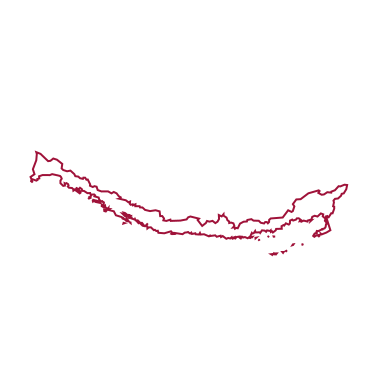 Comarca Kuna Yala, Kuna Yala, Panama (Albers equal-area conic projection), rotated 162°
{"feature_id": "35544464B26872392116911", "entity_name": "Comarca Kuna Yala", "entity_type": "district", "adm_level": 2, "iso_a3": "PAN", "parent_name": "Panama", "parent_adm1": "Kuna Yala", "projection": "albers", "projection_center": [-78.308, 9.061], "detail": "fine", "context": "isolated", "style": "outline", "palette": "rose", "viewbox_px": 384, "rotation_deg": 162, "n_neighbors": 0, "source": "geoboundaries", "source_scale": "gbopen_adm2", "svg_char_len": 6094}
<svg xmlns="http://www.w3.org/2000/svg" viewBox="0 0 384 384"><g transform="rotate(162 192 192)"><path d="M42.3,150.7L44.7,151.8L49.2,151.5L50.8,152.2L55.5,149.5L59.4,149.3L59.8,148.4L63.4,150.0L67.2,148.9L69.5,149.3L72.1,152.1L70.4,153.5L71.0,154.4L81.7,154.8L90.9,151.6L95.1,152.7L99.8,149.3L99.1,146.7L102.0,142.7L103.5,142.3L106.2,144.9L113.6,139.7L125.3,142.5L127.2,141.7L128.0,139.6L129.5,138.8L130.1,140.3L131.7,140.8L133.2,139.8L136.1,141.5L137.4,144.0L142.4,145.8L143.9,147.8L148.0,148.3L148.9,147.0L152.1,147.8L156.1,147.1L159.7,143.4L161.1,144.2L162.5,143.8L162.6,145.4L163.9,145.6L162.2,146.6L162.3,149.4L164.2,150.8L166.2,151.0L165.8,152.5L167.0,154.2L167.1,157.0L169.3,159.7L168.9,161.1L171.3,159.6L173.6,161.8L174.6,158.0L176.9,155.9L179.4,155.2L181.4,158.2L184.5,158.4L186.7,159.8L188.4,158.2L192.8,156.6L195.3,163.6L193.6,164.5L201.1,169.2L203.5,169.1L205.6,167.6L211.9,168.4L221.2,171.1L221.1,172.4L225.3,172.4L228.0,173.9L226.8,175.5L227.7,178.3L229.7,178.9L228.8,183.6L232.3,185.9L237.8,186.8L242.2,189.5L243.9,192.6L246.2,193.4L246.2,194.7L250.3,196.0L249.6,197.8L252.3,197.6L252.2,198.6L254.3,198.8L254.8,199.9L253.9,202.0L255.6,201.8L257.5,204.6L263.5,208.2L261.8,208.2L261.4,208.9L263.0,210.7L264.1,214.0L266.4,216.2L269.0,215.6L271.6,218.5L277.9,220.5L281.1,223.0L281.1,226.5L283.0,227.7L284.8,227.4L287.1,229.5L286.5,230.8L287.3,236.1L288.6,236.3L289.2,238.6L290.9,239.2L291.7,238.2L294.2,239.7L295.4,241.8L298.1,243.1L298.4,245.4L301.0,249.9L304.4,250.3L307.7,252.7L308.7,254.7L306.7,258.8L310.5,264.5L313.6,266.7L317.0,265.4L319.3,265.8L324.3,275.1L327.8,278.0L327.8,276.2L330.3,270.3L336.3,262.8L336.3,257.6L340.9,256.2L340.7,253.5L341.7,252.0L340.6,250.4L340.9,252.3L339.8,253.4L336.5,250.9L335.2,251.2L335.1,252.1L333.0,252.1L332.6,254.2L328.9,254.3L322.0,252.0L319.5,252.2L315.6,249.9L315.1,250.5L315.4,249.8L312.5,248.0L311.9,246.6L311.8,244.9L313.6,243.5L314.4,241.0L312.6,237.6L310.9,237.4L310.4,239.7L309.6,238.9L308.6,239.2L307.4,237.7L307.4,236.3L308.4,235.6L307.7,234.1L304.9,232.9L303.8,231.0L302.1,230.6L302.1,229.4L299.2,225.4L298.2,225.8L298.0,227.3L301.3,230.8L300.6,231.4L298.7,229.6L297.2,230.6L295.9,228.8L296.0,227.0L294.4,226.4L291.8,223.2L289.2,222.5L289.2,219.7L288.4,220.6L285.8,219.9L285.2,218.8L286.1,218.0L282.5,215.6L282.6,213.6L281.6,211.4L280.5,211.1L280.9,209.8L280.1,210.7L279.0,209.3L280.1,207.1L281.7,207.8L282.2,206.4L280.0,205.2L278.9,205.8L279.0,204.8L280.2,204.4L277.9,202.9L277.7,202.0L278.6,201.8L277.8,201.6L276.5,202.5L276.9,201.6L275.9,201.3L277.2,200.9L272.3,197.8L271.6,193.4L266.5,189.8L266.3,188.3L266.1,188.1L265.9,188.6L265.4,188.6L264.4,186.6L263.4,186.6L264.0,186.2L263.5,184.9L261.2,183.5L262.4,187.2L261.8,188.8L263.3,190.0L264.8,192.9L262.6,191.7L263.1,193.3L262.3,192.8L261.5,191.7L262.2,191.0L258.9,189.6L259.9,188.7L259.7,187.0L259.2,188.5L257.6,188.1L259.3,186.6L257.4,186.2L257.7,185.5L255.0,183.5L254.6,183.9L254.4,182.4L252.4,181.8L250.7,178.6L249.1,178.1L248.5,176.4L250.4,177.1L249.4,175.2L247.2,173.9L243.7,175.8L246.3,174.2L245.2,173.2L245.7,171.1L244.2,171.7L242.0,171.1L240.1,167.5L239.0,167.5L238.0,165.9L236.5,165.7L236.6,163.6L231.1,161.3L224.1,161.1L223.4,159.5L224.7,158.7L224.2,158.2L222.4,157.7L223.2,158.8L221.9,158.8L214.0,154.8L211.5,155.6L208.3,155.0L207.9,155.9L208.1,154.9L206.6,153.1L205.2,153.6L205.0,152.1L201.6,151.7L201.6,150.7L198.5,149.4L197.1,150.6L197.0,148.9L193.6,148.1L189.6,144.6L188.3,144.7L188.5,146.0L188.2,144.5L183.3,143.6L182.3,141.8L178.3,141.6L178.3,140.2L176.4,140.6L173.8,136.9L171.8,137.1L170.0,136.0L168.1,136.8L167.9,135.1L167.2,135.1L166.2,135.9L165.9,135.9L166.4,135.4L165.2,134.4L163.6,135.4L160.6,135.0L157.8,133.8L157.5,132.9L155.6,132.8L153.3,130.8L150.3,131.8L147.8,134.5L147.6,133.8L146.0,133.8L144.0,135.4L144.0,133.9L140.0,132.7L139.8,132.0L137.3,133.9L134.8,132.8L133.8,131.3L132.5,132.3L129.8,130.8L129.0,131.2L129.3,129.7L128.1,130.0L127.6,128.5L124.2,129.7L123.4,130.9L118.0,129.3L117.4,131.8L115.2,132.3L114.7,131.6L112.4,133.2L110.0,131.1L108.7,131.8L107.6,134.5L105.2,134.8L104.6,133.6L101.6,133.6L100.5,134.5L98.6,134.0L96.7,131.2L97.9,131.8L98.6,131.0L97.3,130.9L97.2,130.0L94.6,130.3L91.3,128.2L90.8,129.1L86.9,129.0L85.3,131.2L82.7,131.5L80.2,129.9L76.1,131.8L74.1,130.2L75.2,128.5L73.3,125.4L74.5,123.6L74.1,122.6L73.2,123.2L73.2,120.1L74.5,120.0L75.7,117.5L77.2,116.4L79.2,116.5L78.7,115.4L79.5,116.3L84.1,115.8L85.3,116.4L86.6,114.8L85.2,114.1L88.2,114.6L90.3,112.8L89.5,111.6L87.4,112.2L82.3,111.7L82.3,112.5L81.7,111.6L76.7,111.9L72.2,112.9L72.1,127.4L70.8,127.3L70.8,125.9L69.9,125.7L66.1,128.8L64.9,128.3L61.9,132.2L61.3,134.1L62.2,134.8L60.2,138.3L60.1,140.1L58.1,141.3L55.1,140.7L51.4,142.4L50.2,144.0L48.1,143.8L44.4,147.0L42.3,150.7ZM280.0,200.1L278.6,201.0L281.0,202.3L281.3,201.0L280.0,200.1ZM286.5,212.2L282.9,210.1L283.3,211.1L285.4,213.2L286.3,213.0L286.5,212.2ZM287.4,213.1L285.6,213.3L288.4,215.1L289.1,214.4L289.1,213.5L287.9,214.0L287.4,213.1ZM292.8,217.5L290.9,217.8L291.1,218.6L292.8,217.5ZM252.5,178.9L251.5,179.2L253.2,180.5L252.5,178.9ZM134.0,107.7L132.7,107.2L133.1,108.3L134.0,107.7ZM104.0,108.2L102.5,107.4L103.0,108.1L104.0,108.2ZM131.7,107.8L131.2,106.9L130.4,107.4L131.7,107.8ZM124.6,107.0L124.2,106.0L123.4,106.6L124.6,107.0ZM267.0,183.2L265.7,183.2L266.6,183.8L267.0,183.2ZM128.1,124.3L126.7,123.9L128.1,124.5L128.1,124.3ZM136.0,108.4L135.3,107.6L135.0,108.2L136.0,108.4ZM85.8,110.3L84.6,110.8L84.6,111.2L85.0,111.2L85.8,110.3ZM145.9,128.3L145.0,128.7L145.8,128.8L145.9,128.3ZM112.9,110.4L112.2,110.4L111.6,110.9L112.2,111.0L112.9,110.4ZM259.9,182.0L260.6,182.4L260.0,181.5L259.9,182.0ZM151.8,130.8L150.8,130.2L150.3,130.4L151.8,130.8ZM290.5,217.8L289.5,217.5L290.6,218.2L290.5,217.8ZM120.9,106.8L120.2,106.0L120.5,106.9L120.9,106.8ZM132.9,126.3L133.8,125.4L132.5,126.5L132.9,126.3ZM87.8,128.3L88.2,127.7L87.1,128.2L87.8,128.3ZM142.9,124.9L142.9,125.7L143.6,126.2L143.2,125.6L142.9,124.9ZM149.2,130.9L148.8,130.4L148.3,130.7L149.2,130.9ZM304.4,229.9L304.0,230.0L304.2,230.9L304.4,229.9ZM159.3,132.2L159.8,132.9L160.2,133.0L160.0,132.7L159.3,132.2Z" fill="none" stroke="#9f1239" stroke-width="2"/></g></svg>